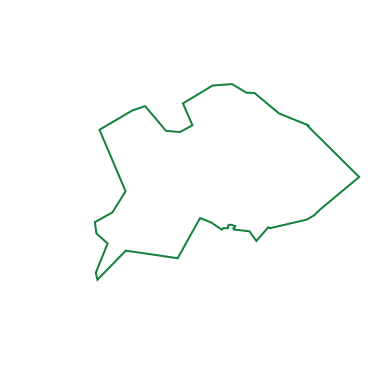 the district of Sinkat, Red Sea, Sudan, rotated 314°
{"feature_id": "16777658B46905215541980", "entity_name": "Sinkat", "entity_type": "district", "adm_level": 2, "iso_a3": "SDN", "parent_name": "Sudan", "parent_adm1": "Red Sea", "projection": "orthographic", "projection_center": [36.565, 18.905], "detail": "fine", "context": "isolated", "style": "outline", "palette": "green", "viewbox_px": 384, "rotation_deg": 314, "n_neighbors": 0, "source": "geoboundaries", "source_scale": "gbopen_adm2", "svg_char_len": 792}
<svg xmlns="http://www.w3.org/2000/svg" viewBox="0 0 384 384"><g transform="rotate(314 192 192)"><path d="M63.2,184.9L103.8,185.1L134.4,227.7L178.8,215.9L183.3,226.6L185.6,239.6L187.8,239.6L190.5,242.7L191.4,242.9L192.5,241.6L193.2,241.3L195.0,242.1L195.7,243.1L197.5,246.7L196.0,247.3L194.9,246.8L194.0,248.0L199.1,254.7L203.6,260.6L201.5,272.3L219.7,271.4L219.9,273.1L246.4,290.2L252.1,293.8L259.9,296.0L268.4,296.3L318.9,301.8L319.9,229.4L320.8,229.4L309.0,200.2L306.6,168.1L301.3,162.3L300.9,160.8L297.4,145.8L282.9,132.8L261.2,127.1L249.4,123.9L240.3,146.0L226.8,141.7L217.9,130.8L219.5,115.6L221.2,98.6L209.4,92.5L172.5,82.2L146.4,143.7L122.1,148.9L102.8,143.1L95.8,152.0L96.3,165.9L96.3,167.1L70.0,177.7L67.0,179.0L63.2,184.9Z" fill="none" stroke="#15803d" stroke-width="2"/></g></svg>